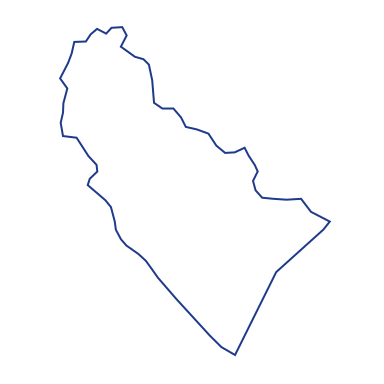 São Francisco do Oeste, Rio Grande do Norte, Brazil (Robinson projection), rotated 274°
{"feature_id": "56859067B39459166800454", "entity_name": "São Francisco do Oeste", "entity_type": "district", "adm_level": 2, "iso_a3": "BRA", "parent_name": "Brazil", "parent_adm1": "Rio Grande do Norte", "projection": "robinson", "projection_center": [-38.17, -5.99], "detail": "fine", "context": "isolated", "style": "outline", "palette": "blue", "viewbox_px": 384, "rotation_deg": 274, "n_neighbors": 0, "source": "geoboundaries", "source_scale": "gbopen_adm2", "svg_char_len": 934}
<svg xmlns="http://www.w3.org/2000/svg" viewBox="0 0 384 384"><g transform="rotate(274 192 192)"><path d="M32.4,246.3L118.0,281.6L163.7,325.7L172.1,331.5L180.5,312.1L192.8,301.3L190.9,286.6L190.9,272.6L191.2,262.4L198.1,255.3L207.3,252.1L217.1,256.1L223.2,252.8L232.3,245.9L239.8,241.4L234.5,231.8L233.3,222.3L240.0,213.0L251.4,204.3L254.8,192.3L256.5,181.3L265.7,175.8L274.0,167.6L273.2,156.6L278.3,147.9L300.7,144.5L316.1,140.1L321.1,134.3L322.9,125.6L332.0,110.9L343.6,115.9L351.6,110.9L350.2,100.3L344.0,95.3L348.1,85.9L342.2,79.9L334.7,75.6L333.5,64.1L321.8,62.3L312.1,59.4L296.1,52.5L286.6,60.4L271.5,57.5L262.4,57.8L251.8,56.2L238.8,59.4L238.1,73.1L220.6,86.2L212.4,94.9L205.8,96.1L198.1,89.1L191.6,87.5L177.8,106.1L171.3,112.2L157.2,117.0L149.0,118.7L139.8,124.5L134.0,130.3L126.4,142.9L120.1,150.8L112.2,157.4L104.2,163.9L84.2,183.8L49.9,219.9L39.3,232.2L32.4,246.3Z" fill="none" stroke="#1e3a8a" stroke-width="2"/></g></svg>